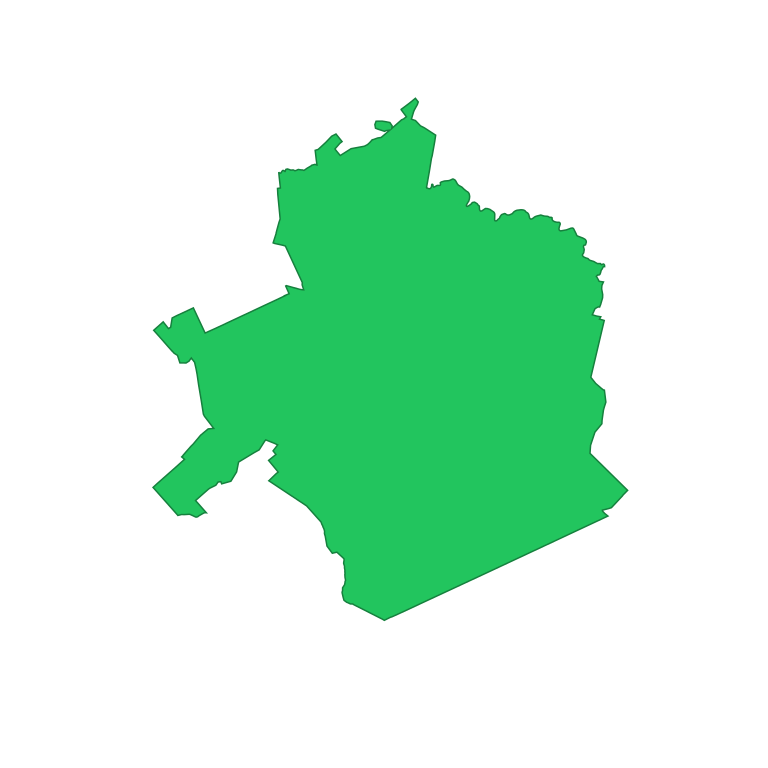 Zalves pag., Neretas, Latvia (orthographic projection), rotated 146°
{"feature_id": "27541924B93655267023488", "entity_name": "Zalves pag.", "entity_type": "district", "adm_level": 2, "iso_a3": "LVA", "parent_name": "Latvia", "parent_adm1": "Neretas", "projection": "orthographic", "projection_center": [25.189, 56.336], "detail": "fine", "context": "isolated", "style": "filled", "palette": "green", "viewbox_px": 768, "rotation_deg": 146, "n_neighbors": 0, "source": "geoboundaries", "source_scale": "gbopen_adm2", "svg_char_len": 6099}
<svg xmlns="http://www.w3.org/2000/svg" viewBox="0 0 768 768"><g transform="rotate(146 384 384)"><path d="M207.4,593.0L205.8,594.1L200.1,597.0L197.9,598.7L198.2,603.3L206.1,602.6L216.2,602.1L216.4,601.9L216.4,601.6L216.0,593.0L218.8,592.9L219.1,592.7L221.7,593.2L234.7,591.5L232.9,593.4L232.9,597.5L236.3,600.9L238.6,603.0L243.6,606.3L246.5,604.2L248.0,600.8L246.5,598.6L242.2,593.1L240.8,593.0L237.1,591.2L248.5,590.0L251.7,591.5L256.8,592.8L257.1,593.1L261.0,592.1L263.8,591.7L267.3,592.1L279.7,597.5L292.5,597.9L293.1,603.9L293.2,606.1L293.2,606.3L286.1,608.2L283.2,608.4L284.0,618.1L288.8,618.7L297.0,616.9L307.4,615.3L310.4,616.2L314.7,607.9L317.1,603.0L317.5,603.4L318.1,604.4L318.4,604.7L321.7,605.8L322.5,605.6L327.1,605.9L330.8,605.8L331.2,606.1L331.6,606.8L333.2,608.0L335.1,609.8L337.5,610.2L338.6,610.6L339.5,612.2L340.5,612.8L341.8,613.5L342.1,614.1L343.7,616.2L344.2,616.2L344.9,616.8L345.1,616.8L346.2,616.3L347.1,615.5L347.4,615.7L347.7,616.8L347.9,617.2L348.4,617.6L349.0,617.6L351.7,616.6L352.2,616.9L352.5,617.2L352.8,617.9L352.8,618.5L355.1,614.3L360.3,604.4L362.9,605.7L366.0,600.6L377.8,578.9L380.6,576.8L387.0,571.3L388.9,569.6L388.9,569.4L397.0,563.0L396.2,561.8L390.2,555.5L388.6,553.5L395.0,513.8L396.4,512.0L397.9,507.0L399.1,507.9L400.9,509.6L410.0,520.2L410.7,520.2L412.2,511.9L416.8,512.8L416.7,512.5L492.9,524.4L503.8,526.3L499.5,553.7L517.7,556.6L522.7,557.2L529.2,550.3L531.7,550.5L532.3,559.0L544.9,557.3L543.3,545.4L542.0,535.0L541.3,529.8L541.2,529.8L540.8,526.9L539.2,523.2L541.4,515.6L536.3,512.1L532.7,512.0L530.1,513.1L529.9,512.8L529.2,513.2L528.9,507.9L531.3,501.7L533.6,496.4L538.1,487.1L545.1,471.7L550.6,460.0L550.9,457.5L550.4,449.8L550.0,442.4L554.9,445.1L564.7,444.1L575.8,440.9L579.0,440.3L586.6,438.3L590.6,437.2L591.2,436.7L591.5,436.9L592.5,436.7L591.5,433.1L606.0,431.1L627.5,428.3L633.3,427.4L628.4,390.7L628.4,390.3L624.8,389.0L622.6,387.4L618.3,384.9L617.7,384.3L616.7,382.7L615.6,380.9L615.4,380.4L614.9,379.7L614.5,379.0L614.0,378.6L612.7,378.1L611.9,378.2L610.5,378.2L605.4,377.8L604.1,377.2L603.3,376.6L605.4,392.8L588.3,395.0L586.6,395.0L580.0,394.1L576.4,395.5L573.9,394.3L574.4,392.0L565.3,389.0L555.4,393.5L548.2,400.6L530.0,399.7L524.3,399.2L514.7,403.4L513.3,403.8L507.9,395.9L506.2,393.0L513.4,390.6L513.0,386.0L522.4,385.2L521.0,370.7L521.1,370.1L523.3,370.0L533.6,368.2L516.3,326.2L513.4,305.0L513.5,304.1L513.9,302.9L514.0,302.1L514.2,300.6L514.6,299.2L514.8,297.6L515.5,295.4L516.2,294.3L516.7,293.8L517.1,293.0L517.5,291.9L517.6,291.2L521.9,281.5L521.5,272.6L517.1,270.9L514.9,261.6L515.5,260.4L517.3,258.5L517.9,257.6L518.3,256.0L518.9,254.5L519.6,253.7L520.4,251.7L521.6,250.0L522.0,249.1L523.1,247.8L523.5,247.1L524.5,245.4L525.6,242.8L526.7,242.0L527.8,240.7L529.0,239.6L532.3,238.2L533.8,236.0L535.2,234.8L535.7,233.8L537.0,230.4L538.0,227.5L538.1,227.0L537.0,223.9L536.2,222.8L535.0,220.7L534.4,220.1L533.2,219.4L532.8,219.0L532.8,218.5L516.6,189.5L515.9,187.9L509.0,187.0L507.9,186.6L501.0,185.4L406.1,170.3L272.2,149.3L273.4,153.2L273.9,156.3L273.5,157.3L267.1,155.0L264.6,154.3L248.9,157.9L247.9,158.3L241.5,159.6L252.0,211.3L247.0,217.7L236.1,226.1L225.6,229.2L223.5,232.0L216.7,239.6L214.5,241.5L210.2,244.9L204.7,255.7L205.4,256.3L206.3,259.1L208.2,266.1L208.8,273.9L165.9,313.5L167.0,314.9L169.1,317.3L166.7,318.5L169.8,321.5L172.6,324.9L167.0,328.4L164.3,328.3L162.2,327.7L162.1,327.3L160.0,328.7L154.6,333.2L152.7,335.8L150.4,341.1L148.3,343.8L145.0,345.9L148.2,348.8L147.8,353.1L147.8,354.5L146.0,354.9L144.9,354.2L144.4,354.1L143.8,354.1L142.4,355.0L140.6,356.6L139.9,357.0L138.7,357.4L137.9,357.9L136.8,358.5L136.4,358.5L135.5,357.9L134.7,359.2L134.7,359.6L134.7,360.3L134.9,360.7L135.2,360.9L136.8,361.2L137.1,361.5L137.2,361.8L137.1,362.3L137.2,362.8L139.7,364.5L140.2,365.4L141.6,368.3L144.1,371.4L144.5,372.3L144.6,373.2L144.8,374.0L146.2,375.7L147.3,377.6L147.6,378.5L147.5,379.7L147.0,380.3L145.1,381.1L143.1,383.2L142.7,383.8L142.1,385.8L141.7,386.5L141.0,387.1L140.6,387.2L139.4,386.7L139.1,386.7L136.9,388.5L136.4,389.5L136.3,390.4L136.3,391.2L137.0,392.8L137.6,393.9L140.9,398.6L141.1,399.4L140.7,401.3L140.0,406.5L140.1,407.3L140.5,407.9L141.8,408.6L146.7,409.8L151.4,411.9L152.0,412.2L152.4,412.8L152.6,413.4L152.5,414.1L152.2,414.8L150.8,416.2L148.5,418.0L148.1,418.8L148.1,419.5L148.4,420.2L149.7,421.0L150.7,421.9L151.5,422.8L152.3,424.0L152.6,424.8L152.7,425.7L152.6,426.4L151.7,427.8L151.9,428.4L152.7,429.1L153.4,429.3L154.2,431.0L154.8,431.7L156.5,433.0L157.5,433.9L159.5,436.4L164.0,438.0L166.0,438.3L167.2,438.1L169.1,438.2L169.8,438.4L170.1,438.7L170.4,439.2L170.5,439.8L170.2,441.0L169.6,442.5L169.3,443.4L169.2,444.3L169.2,445.0L169.4,445.7L170.2,447.6L170.2,448.7L170.6,449.6L171.3,450.5L172.9,451.8L176.6,453.7L178.4,454.1L180.1,454.1L182.4,453.5L185.4,454.0L187.0,454.9L187.8,456.1L188.1,457.2L188.9,458.0L189.6,458.1L191.3,458.6L192.1,458.6L194.1,457.9L195.7,456.8L197.0,456.8L199.1,456.4L199.8,456.5L200.5,457.0L200.7,457.3L200.7,457.8L200.5,458.2L197.5,462.4L197.1,463.0L196.8,464.2L196.8,464.9L197.0,465.6L198.6,469.6L200.2,471.6L201.5,472.6L201.9,472.8L206.1,472.8L207.1,473.2L207.5,474.1L207.3,474.9L207.1,475.6L205.7,477.8L205.5,478.3L206.0,480.2L205.9,480.9L206.0,481.5L207.2,484.1L208.8,484.9L209.6,485.0L210.9,484.5L214.2,484.4L215.8,484.7L216.1,485.1L216.1,485.5L215.8,486.0L215.2,486.5L212.6,487.8L211.6,488.1L209.6,489.8L208.2,491.4L207.5,492.8L207.0,494.3L207.0,495.2L207.1,496.2L207.8,497.7L208.7,500.7L209.3,503.6L211.1,507.2L211.3,508.9L211.0,512.1L211.0,512.8L211.1,513.5L211.8,514.9L212.2,515.4L212.7,515.6L215.4,516.0L216.8,516.5L220.4,518.5L223.3,519.4L224.2,519.5L224.8,519.4L224.9,519.2L225.4,518.1L225.7,517.7L226.2,517.4L226.6,517.4L228.9,518.9L232.6,519.3L232.9,519.9L232.9,520.2L232.1,521.6L232.0,522.1L232.2,522.5L232.4,522.7L232.7,522.7L233.1,522.5L233.9,521.4L235.1,520.5L236.3,520.2L236.8,520.3L237.4,520.7L238.3,521.7L238.5,522.3L239.0,522.6L238.9,523.1L227.6,534.8L218.4,544.6L216.5,546.2L206.4,556.6L202.0,561.4L207.1,573.4L207.8,574.8L209.4,577.6L210.6,584.8L213.2,588.2L207.4,593.0Z" fill="#22c55e" stroke="#15803d" stroke-width="1.5"/></g></svg>